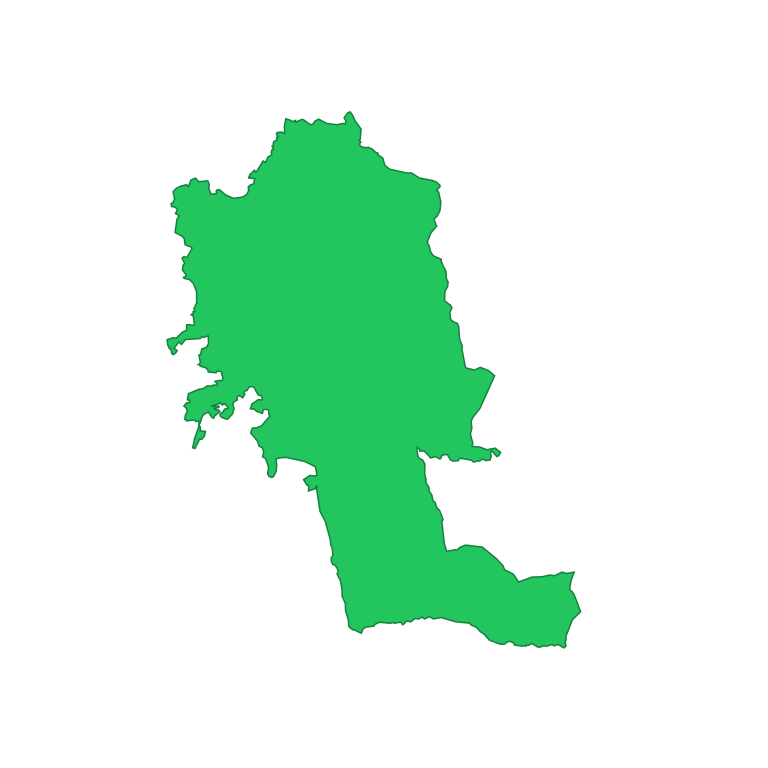 Parva, Bistrita-Nasaud, Romania, rotated 112°
{"feature_id": "2599482B44846698630488", "entity_name": "Parva", "entity_type": "district", "adm_level": 2, "iso_a3": "ROU", "parent_name": "Romania", "parent_adm1": "Bistrita-Nasaud", "projection": "mercator", "projection_center": [24.578, 47.424], "detail": "fine", "context": "isolated", "style": "filled", "palette": "green", "viewbox_px": 768, "rotation_deg": 112, "n_neighbors": 0, "source": "geoboundaries", "source_scale": "gbopen_adm2", "svg_char_len": 6171}
<svg xmlns="http://www.w3.org/2000/svg" viewBox="0 0 768 768"><g transform="rotate(112 384 384)"><path d="M403.2,589.2L407.9,587.1L411.7,590.5L419.4,593.8L420.0,596.6L424.1,601.7L428.6,599.3L431.7,596.1L430.9,595.2L435.1,592.2L435.9,590.6L433.3,588.8L430.5,588.3L429.6,592.0L421.9,590.0L423.2,586.6L417.2,584.8L410.7,571.4L408.1,570.2L408.4,568.8L405.2,565.0L412.1,561.9L416.4,562.2L419.8,566.1L425.5,565.1L426.4,566.5L433.2,562.1L435.6,563.5L435.3,562.1L436.3,561.0L435.8,555.0L437.0,552.5L438.7,551.5L436.5,544.0L434.4,543.4L433.5,539.4L434.0,538.2L435.7,538.4L438.3,535.7L440.7,535.3L442.2,536.2L442.1,537.6L444.8,541.7L446.5,538.6L447.7,538.1L448.4,540.8L451.3,544.7L451.7,547.0L455.9,549.8L458.6,554.1L466.3,561.7L472.3,560.4L471.9,558.0L473.3,557.2L476.0,560.2L479.4,561.3L480.1,558.7L482.8,556.2L488.1,556.4L491.5,555.3L491.0,554.0L492.2,553.3L489.0,547.7L488.6,546.1L489.3,544.1L487.6,542.3L488.4,541.4L493.6,539.7L505.3,539.2L514.8,537.5L514.6,535.1L504.2,534.3L503.6,532.2L499.7,531.0L494.8,531.7L496.3,536.6L492.3,538.6L491.9,540.0L484.6,540.0L483.8,540.7L479.5,539.5L475.8,536.4L479.4,531.0L479.7,529.2L477.0,529.0L471.3,526.0L470.2,526.7L471.0,531.7L470.1,532.2L468.2,528.9L467.0,528.3L466.3,529.2L469.1,534.2L468.8,535.3L463.5,529.1L462.9,529.4L464.1,525.8L462.2,525.2L462.5,522.9L463.8,520.5L465.1,519.6L467.1,522.5L469.7,522.6L473.0,524.8L474.8,524.1L475.8,521.7L475.5,516.0L468.7,513.3L462.9,513.8L459.0,516.8L456.8,516.4L453.6,514.0L451.0,515.6L448.9,513.8L449.8,509.8L445.6,509.2L444.4,511.0L441.5,509.6L441.5,508.6L437.1,507.9L435.6,504.8L435.8,503.3L441.2,496.7L441.1,493.1L442.5,491.5L444.5,491.2L445.7,494.8L452.0,498.9L457.0,498.6L456.6,496.4L455.7,495.5L457.1,492.0L456.8,485.7L453.0,486.3L451.2,482.6L451.8,480.8L455.1,479.6L457.0,477.4L458.2,478.5L468.5,481.8L472.2,485.7L474.3,489.6L479.3,489.3L484.5,479.7L488.5,476.6L488.6,473.1L492.0,470.1L497.0,469.4L497.3,466.0L504.5,459.7L510.9,458.3L512.8,455.9L512.7,453.0L511.0,451.7L505.7,451.2L499.3,453.1L494.1,456.1L491.7,453.3L488.8,447.4L485.5,428.7L486.4,417.1L487.2,416.0L494.0,411.9L496.4,416.6L496.2,418.1L502.8,422.8L506.5,417.7L506.8,415.5L511.5,414.0L506.8,408.5L504.8,409.0L503.9,407.8L505.8,407.6L526.0,395.7L533.5,386.9L548.7,375.3L553.1,373.1L555.5,370.5L561.9,367.2L565.4,367.8L568.3,366.2L570.6,363.9L570.1,362.2L572.1,358.8L574.8,356.1L577.7,356.4L582.8,350.6L590.5,345.8L596.5,343.3L602.0,337.6L608.7,334.7L616.2,328.6L621.9,325.8L622.7,324.4L623.6,320.9L623.1,319.5L623.6,311.7L618.7,311.7L616.0,309.3L612.1,302.5L610.6,302.7L606.5,298.7L603.5,288.5L601.9,286.7L601.9,284.8L598.9,279.8L598.9,278.0L600.2,276.9L600.0,276.1L595.3,274.3L594.5,270.2L589.7,267.3L588.9,263.8L585.9,261.5L586.7,258.4L582.8,254.9L583.3,250.1L579.2,243.8L577.6,228.4L573.7,215.1L574.8,213.1L575.0,207.2L577.6,201.8L578.3,197.8L582.0,190.4L581.7,178.4L579.7,174.4L577.0,173.2L575.3,170.4L575.5,166.8L577.2,165.3L575.3,157.4L573.8,155.5L574.0,154.2L572.4,153.6L572.1,152.1L569.2,149.7L570.3,143.1L569.7,141.1L566.7,137.4L566.4,135.2L563.0,131.2L562.6,129.9L563.2,128.3L560.3,125.3L561.3,118.4L558.7,117.1L555.3,119.4L552.3,119.5L550.2,120.8L532.1,121.0L521.5,116.4L508.4,128.5L506.2,131.5L505.5,134.0L503.8,135.3L496.2,136.9L487.2,137.2L491.2,143.5L491.8,148.5L497.8,153.9L499.0,158.6L503.6,165.4L507.6,174.5L517.2,185.1L511.9,192.7L511.1,202.6L508.0,205.5L503.9,214.2L498.4,231.9L502.8,248.0L506.6,252.0L510.8,254.3L511.1,256.2L515.7,263.3L509.4,268.2L489.9,278.9L487.6,278.4L480.6,284.9L478.7,288.9L474.9,291.9L473.8,294.9L469.1,298.0L466.2,302.1L463.0,303.7L459.2,308.7L457.1,309.0L452.4,312.5L443.1,316.0L440.0,319.7L439.6,323.9L438.5,325.2L434.2,328.1L430.1,329.4L431.6,326.1L432.9,325.6L431.0,321.7L435.1,313.0L432.0,309.1L432.6,304.4L431.9,303.5L428.3,303.6L426.1,300.0L425.8,298.6L429.2,294.4L429.8,291.6L427.4,286.6L424.3,285.7L421.9,274.5L422.8,272.0L422.4,270.9L420.1,268.3L419.8,266.6L416.6,264.5L416.8,260.8L414.9,257.3L411.2,257.4L407.0,259.9L405.8,258.9L409.0,252.1L407.4,250.7L403.7,250.3L401.8,256.9L406.4,263.9L406.6,271.6L408.9,279.0L405.6,279.5L398.2,285.1L391.6,286.1L386.3,289.2L381.8,289.1L370.6,285.9L334.9,284.5L332.3,292.5L332.6,301.1L337.2,305.3L338.4,314.5L322.8,324.6L319.0,326.0L314.4,330.5L302.6,336.4L300.3,338.6L300.3,343.0L299.3,346.3L292.9,349.8L288.0,349.5L286.2,351.4L284.2,359.0L275.3,362.2L269.9,361.5L265.5,362.7L262.8,365.7L256.2,368.9L251.5,374.4L247.8,377.7L246.9,377.4L246.8,384.9L246.1,387.4L243.5,390.7L239.3,393.6L236.4,397.0L226.3,397.1L218.0,394.3L212.4,399.4L208.0,397.5L202.0,397.1L194.0,399.5L185.5,405.3L184.8,407.9L180.1,405.9L178.7,406.8L177.1,411.3L177.1,415.0L179.8,428.3L178.0,437.6L179.9,442.3L182.7,459.2L181.0,465.0L174.9,469.9L173.6,476.0L172.3,476.0L172.3,478.6L170.6,482.9L170.4,486.7L172.2,491.1L172.4,494.9L170.7,496.6L168.2,496.2L167.3,498.4L166.2,497.7L156.3,500.7L150.7,509.5L146.4,514.0L144.4,517.4L146.2,519.2L152.2,520.7L154.4,517.8L157.5,517.5L157.9,520.0L161.1,524.5L163.9,534.6L162.9,543.7L165.8,546.4L169.6,547.2L171.2,549.2L169.1,557.9L169.6,559.4L174.5,564.0L172.7,564.7L175.1,567.2L174.5,569.3L174.8,574.4L183.2,572.6L188.8,569.9L188.8,573.5L190.8,577.1L192.5,577.5L194.3,574.9L195.7,576.0L197.5,574.8L200.9,577.1L204.8,576.0L205.5,576.8L207.3,574.4L208.6,575.6L211.6,575.3L213.5,573.8L217.2,576.7L223.0,576.8L222.5,579.7L234.2,581.5L235.6,582.6L234.3,584.2L240.2,586.8L243.7,586.7L242.0,580.8L247.5,579.9L249.1,582.2L252.0,583.7L255.8,581.9L259.7,582.3L263.6,585.1L268.2,592.9L268.1,601.4L265.5,609.2L266.6,611.5L267.6,611.9L270.3,610.7L272.9,615.4L268.4,619.6L264.4,620.8L261.6,623.5L265.9,631.6L263.7,636.0L267.3,639.5L274.2,639.3L273.2,641.8L276.7,646.6L280.4,649.9L284.8,651.6L290.7,647.5L295.0,647.7L296.5,649.0L299.0,647.4L298.5,645.3L298.8,641.9L300.6,640.7L303.9,641.3L304.8,636.9L308.7,637.7L321.8,634.5L322.7,626.0L324.2,623.6L329.4,620.6L329.3,613.5L331.0,612.7L340.6,614.2L340.7,617.1L342.8,618.4L347.1,613.9L349.0,614.8L353.8,613.6L357.1,608.2L358.9,608.4L360.4,609.9L360.9,608.7L360.1,603.4L362.4,598.1L368.7,592.3L378.9,588.1L385.4,588.4L387.7,586.5L388.5,588.1L389.9,587.3L392.0,588.8L392.4,586.4L400.1,581.9L401.4,583.6L401.9,587.2L403.2,589.2Z" fill="#22c55e" stroke="#15803d" stroke-width="1.5"/></g></svg>